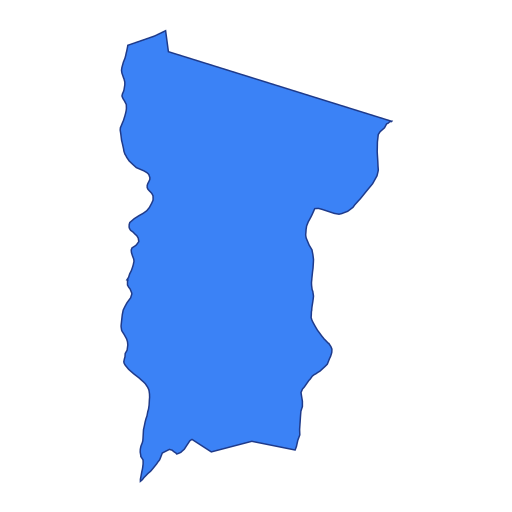 outline of Giraud, Choiseul, Saint Lucia
{"feature_id": "8701671B87129820959835", "entity_name": "Giraud", "entity_type": "district", "adm_level": 2, "iso_a3": "LCA", "parent_name": "Saint Lucia", "parent_adm1": "Choiseul", "projection": "robinson", "projection_center": [-61.009, 13.792], "detail": "fine", "context": "isolated", "style": "filled", "palette": "blue", "viewbox_px": 512, "rotation_deg": 0, "n_neighbors": 0, "source": "geoboundaries", "source_scale": "gbopen_adm2", "svg_char_len": 4259}
<svg xmlns="http://www.w3.org/2000/svg" viewBox="0 0 512 512"><path d="M140.4,481.3L141.9,480.1L142.4,479.5L142.9,479.0L143.9,477.6L144.2,477.3L145.9,475.6L147.8,473.6L148.7,472.8L149.7,472.0L150.8,471.0L153.0,468.4L156.7,463.8L157.8,462.1L159.5,460.0L160.1,458.7L162.3,453.0L166.0,451.1L169.4,449.4L172.2,450.2L172.8,450.8L174.3,452.0L175.8,452.9L176.7,454.0L177.6,453.7L179.4,453.0L180.9,452.3L181.7,451.5L183.4,450.0L184.3,449.2L185.1,448.0L186.3,446.1L189.9,440.7L192.0,439.4L211.3,451.9L212.4,451.6L251.8,441.3L295.1,450.0L296.4,446.6L297.8,440.3L299.8,434.9L299.6,429.4L300.2,420.7L300.5,416.1L300.9,411.2L302.4,406.5L302.4,401.3L301.7,397.0L301.0,392.5L302.0,390.2L302.5,389.0L304.3,387.0L305.7,385.0L308.9,380.4L310.1,379.2L312.3,376.1L314.4,374.5L315.7,373.9L317.8,372.4L320.0,371.1L325.1,366.4L327.2,364.3L327.5,363.7L329.6,358.4L330.6,356.3L331.4,353.8L331.8,352.2L331.9,349.4L331.9,349.1L331.4,347.8L330.9,346.7L330.8,346.4L330.4,345.9L328.9,343.5L328.6,343.5L327.1,342.0L325.0,339.8L324.3,339.2L322.9,337.4L322.2,336.6L317.9,330.8L317.5,330.3L315.5,326.9L314.7,325.5L312.9,322.2L311.8,319.9L311.6,319.1L311.1,317.6L311.3,314.8L311.4,311.9L311.4,311.7L311.7,310.3L311.8,308.3L312.1,306.0L312.8,301.7L313.2,298.8L313.5,296.1L312.8,291.4L312.1,289.6L311.6,285.6L311.5,283.8L311.5,282.2L311.8,279.3L311.8,278.9L312.5,272.1L313.0,268.3L313.4,262.1L313.5,259.5L312.9,254.7L312.2,251.1L312.0,249.9L309.2,245.2L308.3,243.1L307.0,240.0L306.5,238.8L306.2,238.1L305.8,236.1L305.7,234.7L305.7,234.3L305.9,232.2L306.1,229.2L306.2,228.8L306.6,226.0L308.4,221.5L309.0,220.5L309.3,220.0L310.4,217.9L310.7,217.4L310.9,217.0L311.1,216.6L311.3,216.2L312.0,214.8L313.8,210.8L314.5,209.1L314.8,208.6L318.5,208.4L321.9,209.3L334.3,213.4L339.0,214.2L341.2,213.7L341.7,213.6L344.0,212.7L347.7,211.3L352.9,207.4L353.3,206.9L354.7,204.9L358.4,200.8L360.1,199.0L363.1,195.3L366.4,191.2L368.8,188.3L372.6,183.7L377.0,175.8L378.0,171.6L378.3,170.0L378.0,166.0L377.8,161.5L377.2,151.8L377.3,147.9L377.4,142.0L378.2,135.1L378.3,134.4L378.8,133.7L380.1,131.7L384.5,127.8L386.6,123.9L387.1,123.6L388.1,123.2L389.9,121.6L391.5,121.6L391.8,121.2L391.0,121.1L168.4,51.7L165.6,30.7L154.6,36.0L127.8,45.3L127.6,46.7L127.2,48.7L126.7,51.2L126.2,53.1L125.7,55.6L124.9,58.4L123.4,62.1L122.5,65.3L121.9,67.5L121.5,70.3L121.9,73.0L123.7,78.3L123.9,78.5L124.8,82.1L124.8,84.9L124.0,89.8L123.5,91.5L122.5,93.7L122.0,95.8L122.1,96.5L123.1,98.8L124.4,100.8L126.3,104.5L126.4,107.5L126.4,108.9L126.1,111.0L125.6,113.2L124.9,115.9L124.1,118.4L123.4,120.7L122.7,122.2L121.2,125.9L120.4,127.7L120.2,130.1L120.8,134.0L121.6,140.4L122.4,143.6L123.6,149.1L123.9,151.1L124.9,154.1L125.8,155.5L126.7,157.3L129.2,161.0L132.8,164.4L136.3,167.6L144.0,170.9L147.0,172.7L147.9,173.5L148.8,174.5L149.9,177.7L149.8,179.5L148.9,181.5L147.8,183.6L147.2,185.4L147.2,187.6L147.9,189.2L149.3,190.8L150.3,191.8L151.7,193.3L153.0,195.7L153.1,198.6L153.0,200.3L151.6,203.4L149.4,207.5L146.8,210.7L143.2,213.3L138.9,215.7L134.2,218.7L131.9,220.7L129.8,222.5L129.2,224.5L129.1,227.1L129.5,228.5L130.6,230.3L131.3,230.8L133.2,232.2L134.2,233.3L135.4,234.5L136.7,235.6L138.2,238.0L138.8,241.6L136.3,245.0L134.7,246.2L132.0,247.9L131.2,250.0L131.4,252.2L131.7,253.4L132.6,256.2L133.1,257.5L133.7,259.0L134.0,261.2L133.2,265.0L132.3,267.9L131.3,270.7L129.7,273.8L129.0,276.0L128.6,277.3L126.9,279.9L127.9,280.1L127.5,281.3L127.5,285.0L128.7,287.2L130.1,289.0L131.8,293.2L131.8,294.1L130.6,297.9L129.0,300.0L126.9,302.9L124.9,306.6L123.2,310.1L122.3,314.6L121.9,318.1L121.1,325.5L121.1,326.8L121.6,330.1L122.1,331.3L124.1,334.4L126.6,338.9L127.5,341.8L127.8,345.0L127.1,350.2L125.2,353.5L125.0,356.8L124.4,358.8L123.8,361.8L124.2,363.4L125.3,365.3L128.6,369.3L129.5,370.1L133.7,373.8L137.1,376.4L139.4,378.2L141.2,379.9L143.4,381.8L145.3,383.7L147.3,386.7L147.6,387.1L148.8,389.7L149.1,391.0L149.5,394.0L149.6,397.3L149.4,399.7L149.1,405.2L148.5,409.2L147.8,411.5L147.0,415.8L145.9,419.0L145.1,422.1L144.4,425.6L143.9,427.9L143.5,429.6L143.3,433.0L143.0,438.5L142.8,440.9L142.2,443.0L141.5,444.7L140.9,446.3L140.3,449.3L140.2,452.1L140.8,455.6L140.8,456.5L143.0,459.8L143.1,461.2L143.1,464.0L142.7,467.3L142.4,469.2L141.8,471.8L140.9,476.7L140.4,479.2L140.4,481.3Z" fill="#3b82f6" stroke="#1e3a8a" stroke-width="1.5"/></svg>